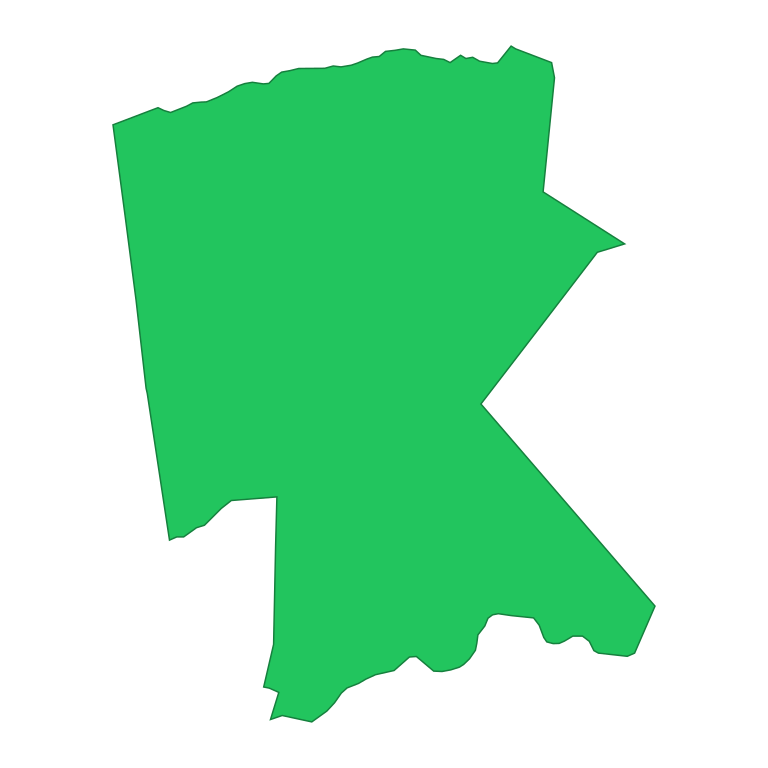 Campo Grande, Rio Grande do Norte, Brazil (Mercator projection)
{"feature_id": "56859067B93277354074556", "entity_name": "Campo Grande", "entity_type": "district", "adm_level": 2, "iso_a3": "BRA", "parent_name": "Brazil", "parent_adm1": "Rio Grande do Norte", "projection": "mercator", "projection_center": [-37.314, -5.897], "detail": "fine", "context": "isolated", "style": "filled", "palette": "green", "viewbox_px": 768, "rotation_deg": 0, "n_neighbors": 0, "source": "geoboundaries", "source_scale": "gbopen_adm2", "svg_char_len": 1426}
<svg xmlns="http://www.w3.org/2000/svg" viewBox="0 0 768 768"><path d="M551.6,62.6L515.7,48.9L511.1,46.1L497.6,62.9L492.4,63.5L479.6,61.2L472.7,57.3L465.9,58.5L460.6,55.3L450.1,62.6L443.7,59.4L436.1,58.5L420.9,55.3L415.3,50.1L403.3,48.9L395.2,50.3L385.5,51.4L379.2,56.5L372.4,57.1L366.8,59.1L357.7,63.0L351.3,65.2L341.0,66.9L333.2,66.0L324.8,68.3L298.7,68.5L289.7,70.7L281.7,72.1L276.3,75.8L268.9,83.4L263.3,83.9L252.4,82.3L244.7,83.6L237.1,86.2L228.5,91.8L217.0,97.6L206.3,101.9L201.2,102.1L192.8,102.9L186.4,106.3L170.6,112.5L163.9,110.5L158.0,107.7L113.0,124.8L125.3,217.3L136.1,300.4L146.1,388.3L147.3,393.6L169.5,540.1L176.8,536.9L183.7,536.9L196.5,527.7L204.5,525.2L221.2,508.5L231.3,500.5L276.9,496.9L275.6,546.4L273.6,644.4L263.7,687.0L269.2,688.1L278.8,692.4L270.5,719.5L282.2,715.5L311.8,721.9L326.8,711.1L334.6,702.7L341.3,693.1L347.1,687.9L358.6,683.4L365.7,679.2L375.5,674.7L394.1,670.5L409.4,657.0L416.4,656.5L433.7,671.1L442.0,671.5L450.7,669.9L459.5,667.1L463.8,664.3L469.5,658.8L475.4,650.3L476.8,643.3L477.9,634.9L484.8,626.0L488.0,618.2L492.6,614.8L498.3,613.7L511.3,615.6L533.6,617.9L539.2,625.2L543.8,637.5L546.8,641.9L553.2,643.6L559.2,643.4L564.4,641.1L572.8,636.1L582.5,636.1L589.3,641.3L593.9,650.6L598.4,653.1L627.3,656.3L634.6,653.1L655.0,606.1L528.5,459.2L480.9,404.0L538.1,329.6L597.3,252.3L624.6,243.9L543.1,191.9L554.5,77.8L551.6,62.6Z" fill="#22c55e" stroke="#15803d" stroke-width="1.5"/></svg>